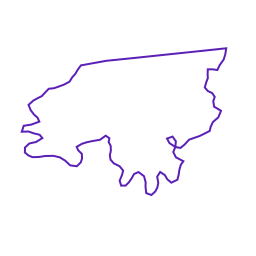 Entre Rios, Santa Catarina, Brazil (Natural Earth projection), rotated 264°
{"feature_id": "56859067B45764003386581", "entity_name": "Entre Rios", "entity_type": "district", "adm_level": 2, "iso_a3": "BRA", "parent_name": "Brazil", "parent_adm1": "Santa Catarina", "projection": "natural_earth1", "projection_center": [-52.594, -26.737], "detail": "fine", "context": "isolated", "style": "outline", "palette": "violet", "viewbox_px": 256, "rotation_deg": 264, "n_neighbors": 0, "source": "geoboundaries", "source_scale": "gbopen_adm2", "svg_char_len": 1584}
<svg xmlns="http://www.w3.org/2000/svg" viewBox="0 0 256 256"><g transform="rotate(264 128 128)"><path d="M161.4,31.5L155.9,33.1L151.1,36.0L147.8,39.1L143.6,40.5L141.5,32.2L141.1,24.5L135.4,22.0L134.9,28.7L132.5,33.8L130.5,39.4L126.9,41.8L123.7,35.1L122.9,28.2L119.3,23.5L114.4,22.9L111.1,26.1L109.0,29.9L108.5,36.3L108.8,42.8L108.1,51.0L105.9,57.2L102.2,62.0L96.9,66.6L95.3,73.1L98.8,77.5L102.5,79.1L107.1,79.4L111.1,76.1L114.6,75.0L117.1,80.5L118.1,85.4L118.7,90.8L119.2,98.9L122.7,105.0L119.8,108.4L116.0,107.3L112.1,108.9L107.3,108.6L102.8,107.1L98.4,107.3L94.3,110.2L90.9,115.6L86.2,118.7L82.0,117.2L76.5,114.2L71.4,115.2L71.0,119.6L73.8,123.1L77.6,126.4L81.6,129.2L83.1,133.8L78.4,138.9L72.0,139.9L68.1,139.3L61.4,139.3L58.9,144.2L62.0,148.5L65.8,151.0L70.4,152.4L76.5,151.9L80.9,155.4L77.2,159.8L72.9,161.7L69.1,165.4L71.4,171.7L76.5,173.6L81.0,174.7L85.9,176.7L89.2,179.6L93.8,172.6L99.4,170.5L104.2,173.1L102.7,178.0L105.5,182.4L110.0,187.5L111.5,193.8L112.5,198.2L114.6,204.0L116.5,208.9L120.6,210.4L125.1,213.1L129.1,218.9L135.4,222.3L140.2,215.9L145.8,215.6L149.9,217.5L153.9,215.4L156.5,211.2L160.3,208.6L165.5,210.7L169.2,212.6L173.1,212.8L178.0,213.5L177.5,218.4L176.3,222.9L181.0,225.8L186.1,230.3L191.2,232.5L197.0,234.0L197.0,181.7L197.0,158.2L197.0,146.8L197.0,139.8L197.1,113.1L195.2,87.7L191.2,84.1L187.4,81.3L184.1,77.7L180.2,74.7L177.9,69.1L176.3,62.9L175.3,58.4L175.3,53.3L171.9,49.2L168.7,45.6L167.2,41.5L165.1,36.6L161.4,31.5ZM104.2,173.1L108.6,167.7L113.4,165.7L114.8,171.4L109.8,174.2L104.2,173.1Z" fill="none" stroke="#5b21b6" stroke-width="2"/></g></svg>